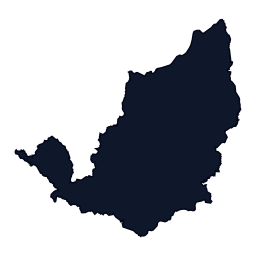 outline of Timor Tengah Utara, Nusa Tenggara Timur, Indonesia
{"feature_id": "22746128B66987763142599", "entity_name": "Timor Tengah Utara", "entity_type": "district", "adm_level": 2, "iso_a3": "IDN", "parent_name": "Indonesia", "parent_adm1": "Nusa Tenggara Timur", "projection": "robinson", "projection_center": [124.402, -9.341], "detail": "fine", "context": "isolated", "style": "filled", "palette": "ink", "viewbox_px": 256, "rotation_deg": 0, "n_neighbors": 0, "source": "geoboundaries", "source_scale": "gbopen_adm2", "svg_char_len": 5830}
<svg xmlns="http://www.w3.org/2000/svg" viewBox="0 0 256 256"><path d="M222.2,19.6L220.1,19.9L216.5,24.2L214.3,24.5L212.8,25.8L211.8,27.4L203.7,33.3L202.1,33.1L199.5,30.5L196.7,30.5L194.1,31.5L193.3,33.5L192.3,39.9L190.9,45.1L189.4,48.2L186.1,53.2L182.6,55.6L181.2,55.7L179.8,55.2L176.9,56.6L172.0,63.3L170.0,65.1L161.6,67.8L157.2,68.7L157.1,69.5L156.3,69.4L156.1,69.8L156.6,69.5L156.4,69.9L157.2,70.0L156.1,70.4L153.8,73.3L151.5,73.4L151.3,71.6L150.8,71.5L148.1,72.8L147.1,72.7L144.7,76.2L137.5,72.7L136.2,72.7L135.0,73.7L133.3,73.3L131.5,71.3L130.1,71.3L128.6,72.1L129.2,72.6L130.0,78.0L129.6,79.2L130.7,80.0L129.1,80.7L128.6,81.9L126.4,83.5L125.7,88.8L126.4,90.2L125.5,91.4L126.0,93.6L125.2,95.0L125.3,97.5L124.5,97.8L123.3,101.6L122.3,102.9L122.7,106.0L122.5,108.9L123.4,110.9L124.5,112.2L124.6,114.2L123.7,116.0L122.5,116.5L122.2,117.3L119.9,116.5L119.3,118.1L118.0,119.2L117.5,125.7L116.9,125.6L116.5,126.0L116.1,124.9L115.3,125.8L114.0,125.1L112.6,126.5L110.5,126.3L109.4,127.2L108.9,126.8L107.2,127.8L107.4,128.5L106.7,129.7L106.4,131.9L103.1,134.7L100.2,133.5L100.3,134.0L99.8,134.9L100.2,135.7L99.6,136.3L99.7,138.1L99.2,139.5L98.8,139.4L98.5,140.0L99.8,141.2L100.8,144.4L99.9,145.7L100.3,146.9L97.8,148.6L95.9,148.7L98.1,150.5L98.4,152.0L96.3,154.5L93.1,154.2L92.6,154.4L92.4,155.3L91.3,156.0L90.9,159.8L92.5,162.3L93.7,162.4L94.9,163.5L94.9,165.0L95.8,167.8L95.3,168.7L93.3,169.5L92.8,171.3L93.4,172.1L92.9,173.7L93.3,175.5L92.7,176.6L91.2,176.7L89.0,175.8L87.9,177.1L86.1,176.8L81.3,180.2L77.0,179.4L75.6,182.5L74.4,182.1L74.0,182.6L72.7,182.9L71.0,182.0L70.1,182.6L70.5,177.9L71.3,176.6L71.8,174.2L73.1,172.4L72.5,171.1L72.7,169.4L72.0,169.1L71.7,167.5L72.7,165.2L71.0,161.6L68.9,159.4L68.9,158.9L69.6,158.5L69.6,157.7L69.3,156.3L68.6,156.1L68.8,154.8L68.0,152.9L68.1,152.1L67.6,151.8L67.0,152.1L66.7,150.3L65.5,149.3L65.0,146.5L62.4,145.4L60.6,142.9L58.7,142.0L57.3,139.4L55.9,139.7L52.1,136.4L50.6,137.2L50.2,137.9L48.5,138.1L47.9,140.5L46.1,140.9L44.7,140.5L44.0,142.5L42.7,143.7L39.2,144.8L38.8,145.7L37.6,146.1L37.5,146.9L38.7,148.1L35.5,152.2L35.8,154.4L33.6,155.5L32.2,155.3L32.2,157.1L30.4,156.1L27.5,156.9L25.8,153.5L25.2,153.4L24.7,151.6L23.3,150.2L22.3,151.3L21.2,150.2L20.6,151.3L19.7,151.3L16.7,150.9L16.2,150.0L15.4,151.1L15.4,152.8L16.0,153.8L17.6,154.0L19.2,155.2L19.3,156.3L20.6,158.2L22.6,158.3L23.9,159.3L24.6,159.3L24.6,160.4L27.1,161.5L27.5,160.9L28.1,162.3L29.2,162.5L29.2,163.3L30.0,162.9L30.6,163.9L30.1,165.0L30.7,165.7L31.4,165.8L33.6,164.3L35.8,165.5L37.1,166.7L40.6,173.1L42.1,173.1L42.6,175.0L43.6,175.2L44.0,175.9L47.5,176.6L47.9,178.2L48.8,178.8L49.9,181.7L50.6,182.3L51.5,182.3L52.7,183.5L54.1,183.7L53.7,185.4L54.2,186.4L55.6,187.7L57.0,187.7L57.5,189.2L58.4,190.4L56.2,190.5L54.1,191.6L51.3,194.4L50.9,196.9L52.0,197.4L53.8,199.5L54.2,201.3L54.9,201.9L55.7,201.3L56.3,197.2L56.9,196.4L57.7,196.1L58.8,196.9L60.8,197.2L63.0,198.7L64.0,198.5L64.4,199.1L66.8,199.3L66.8,200.6L67.2,201.4L68.5,201.7L68.9,203.2L69.4,203.3L69.5,203.9L70.7,205.1L71.5,205.0L72.2,204.3L75.9,204.4L77.9,206.3L79.1,205.7L80.2,207.1L79.9,208.6L81.5,211.7L81.4,212.3L81.9,212.7L85.3,212.5L88.7,210.9L90.7,211.2L91.6,210.6L92.6,211.1L94.8,214.2L97.4,211.9L98.7,212.3L99.1,213.1L99.8,213.0L100.6,214.0L101.9,213.5L103.2,214.6L104.3,213.0L107.0,213.4L108.9,215.2L112.8,214.4L113.3,213.3L115.8,217.0L120.2,220.2L120.6,221.5L121.1,221.0L121.5,221.6L122.6,220.2L123.2,220.2L123.2,220.6L124.2,219.7L123.6,221.0L122.8,221.5L123.3,223.7L122.4,223.7L123.1,226.9L133.5,230.5L136.4,233.2L138.2,234.0L138.8,235.3L139.9,235.5L140.8,236.4L141.6,235.6L143.3,235.9L144.9,235.5L147.4,233.2L147.7,231.0L148.7,230.1L151.7,230.5L153.2,229.9L157.0,225.7L157.6,222.4L159.5,220.9L160.7,220.7L165.2,221.7L167.2,220.8L168.0,219.6L169.8,219.7L170.5,218.9L170.9,216.1L173.0,214.9L173.3,213.3L175.3,210.6L176.6,211.1L179.6,209.6L183.1,209.0L186.0,209.2L188.5,210.5L190.7,210.0L192.7,210.6L194.2,210.5L195.2,209.3L194.9,204.8L196.2,202.0L201.4,200.9L203.7,199.9L204.9,200.0L205.7,202.3L210.6,203.0L211.7,201.3L210.2,199.9L210.4,198.8L209.8,198.5L210.8,196.4L210.4,195.4L210.5,193.8L207.1,191.8L206.5,188.6L205.6,187.0L206.2,184.9L204.9,185.0L203.4,186.1L201.5,183.9L201.1,182.8L201.6,182.0L203.3,182.5L203.2,181.1L204.1,181.1L204.4,180.3L204.7,181.0L204.3,182.0L205.8,181.4L206.6,180.8L205.7,180.4L206.1,179.6L206.9,179.5L207.9,177.4L208.4,178.2L209.2,178.2L210.4,175.6L211.7,175.6L212.6,174.7L213.3,175.7L214.0,174.9L214.7,175.5L215.0,173.6L214.4,173.1L215.2,172.0L215.2,170.7L216.0,170.7L216.5,171.5L219.0,171.6L218.9,170.6L218.1,169.5L219.0,167.2L218.5,165.8L219.6,165.7L221.0,163.3L220.0,162.7L220.8,161.1L220.3,160.1L220.8,158.3L220.1,157.6L220.9,156.6L220.3,156.3L220.8,154.3L218.1,151.8L216.1,151.4L215.5,150.2L215.7,147.8L215.1,147.1L217.0,147.4L221.2,142.9L222.8,142.2L224.5,142.5L225.2,141.6L226.0,139.2L227.0,137.6L226.6,137.2L226.8,136.5L226.3,136.4L226.2,135.2L224.6,132.9L225.0,132.3L224.6,131.4L225.3,131.1L225.7,130.2L226.6,130.2L230.3,127.5L231.5,127.8L233.4,126.3L235.5,126.2L235.6,124.9L236.2,125.3L236.6,124.6L236.3,124.2L237.0,124.0L237.6,121.9L237.0,120.2L237.8,120.8L238.6,120.0L237.8,119.8L237.6,118.0L238.1,118.2L237.2,117.4L237.1,116.3L238.0,115.1L237.4,114.2L237.8,114.1L237.6,113.7L238.2,113.8L237.9,113.2L238.3,112.2L238.9,112.2L240.6,109.3L240.2,109.0L240.4,108.6L239.9,107.0L240.0,104.7L239.4,102.6L239.4,99.0L238.9,97.5L235.6,92.2L235.0,86.0L232.5,82.5L230.3,80.6L230.0,77.1L229.4,75.8L230.4,74.2L230.6,72.0L228.2,71.5L227.2,70.1L228.1,69.5L228.0,69.0L229.1,69.2L228.9,68.6L229.5,67.1L231.8,64.6L232.4,62.4L232.1,61.8L230.5,62.0L230.8,61.4L229.3,49.1L228.5,47.8L229.0,46.5L228.7,45.7L229.2,44.2L228.6,43.6L229.8,42.4L230.4,39.1L229.0,35.3L227.8,34.8L225.8,31.8L225.2,29.4L226.1,27.4L225.0,26.0L224.7,23.5L223.5,22.4L223.7,21.0L223.0,20.8L222.2,19.6Z" fill="#0f172a" stroke="#020617" stroke-width="1.5"/></svg>